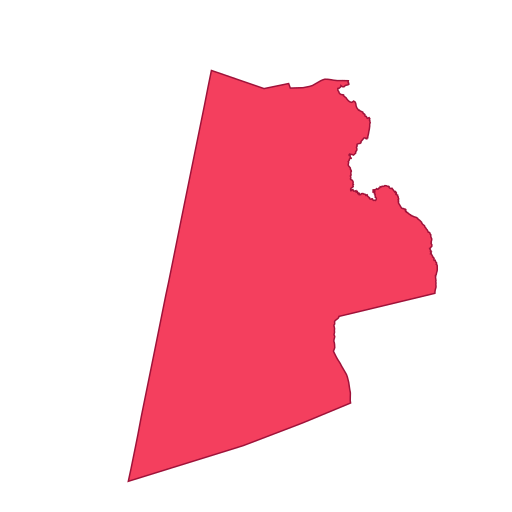 Vaisigano East, Gaga'ifomauga, Samoa, rotated 77°
{"feature_id": "51752279B23557786171080", "entity_name": "Vaisigano East", "entity_type": "district", "adm_level": 2, "iso_a3": "WSM", "parent_name": "Samoa", "parent_adm1": "Gaga'ifomauga", "projection": "albers", "projection_center": [-172.632, -13.561], "detail": "fine", "context": "isolated", "style": "filled", "palette": "rose", "viewbox_px": 512, "rotation_deg": 77, "n_neighbors": 0, "source": "geoboundaries", "source_scale": "gbopen_adm2", "svg_char_len": 4713}
<svg xmlns="http://www.w3.org/2000/svg" viewBox="0 0 512 512"><g transform="rotate(77 256 256)"><path d="M332.6,90.1L330.6,89.5L329.2,88.9L327.0,87.7L325.9,87.4L324.3,87.2L322.8,86.7L321.2,86.6L320.5,86.2L316.6,85.8L316.1,85.4L315.3,85.5L314.9,84.7L312.9,83.8L311.3,82.9L309.9,82.4L306.2,81.6L305.2,81.7L304.6,82.2L304.2,81.8L303.2,81.6L302.3,82.2L300.4,82.4L300.3,83.4L299.1,83.4L298.3,83.0L297.4,83.4L296.7,84.1L296.3,83.9L293.5,84.7L293.1,85.4L292.5,84.7L291.9,84.9L291.4,84.2L290.5,84.9L290.1,84.4L288.8,84.9L287.6,85.1L287.5,84.3L286.8,83.7L286.2,82.6L284.7,82.1L283.2,82.6L282.5,82.2L281.8,82.2L279.9,81.2L278.8,80.9L277.5,81.2L276.2,81.3L274.6,80.9L273.8,81.4L272.7,81.4L271.8,82.0L271.6,82.8L270.3,83.0L268.9,83.4L268.2,83.9L266.8,84.3L265.5,85.0L264.4,85.0L262.7,86.4L261.2,87.1L260.5,87.0L258.3,88.3L256.2,90.0L255.7,90.0L254.5,91.1L253.0,93.7L252.5,94.1L252.3,94.8L251.5,95.2L251.4,95.9L250.5,96.3L249.8,97.3L249.2,97.5L248.3,98.4L247.7,98.5L247.3,99.6L246.3,99.6L246.1,100.2L245.5,100.1L244.6,99.7L244.5,100.3L243.8,100.2L243.5,101.1L243.0,101.5L242.8,102.3L242.0,103.4L241.2,103.7L236.2,105.3L235.2,104.8L234.6,105.1L233.6,104.5L233.1,104.8L232.4,104.1L231.2,104.3L230.5,104.1L230.3,104.4L229.2,104.5L228.6,104.3L228.4,104.8L227.5,105.2L227.4,105.8L226.9,105.8L226.7,105.2L226.1,105.0L224.6,105.6L225.0,106.3L220.6,108.3L220.8,108.6L220.3,110.0L219.2,110.9L218.3,110.7L217.9,111.1L217.9,111.8L216.8,113.4L216.4,114.7L216.9,115.8L216.4,117.5L216.8,118.0L216.8,118.8L216.4,119.4L217.2,119.8L217.6,120.7L217.5,121.2L218.4,122.1L218.4,122.5L217.5,123.3L218.1,124.1L218.1,124.8L218.2,125.5L217.9,127.0L220.1,127.6L220.2,127.3L218.7,127.1L219.0,125.7L219.9,125.7L220.4,126.2L221.2,126.1L222.0,126.7L222.7,126.0L223.7,126.4L224.6,126.3L225.6,126.6L225.9,126.1L226.8,125.8L227.7,126.0L228.8,127.0L228.3,128.0L228.4,128.7L227.8,129.4L226.5,129.7L226.3,130.4L226.6,130.9L226.2,131.9L225.5,132.5L224.9,132.2L222.7,134.0L221.8,133.8L221.3,134.0L221.6,135.4L221.0,135.4L220.2,136.0L220.0,137.0L219.1,137.8L219.2,138.5L218.9,139.4L219.8,140.2L219.5,141.6L218.1,141.3L218.0,141.5L218.7,142.1L218.1,142.8L217.0,142.5L216.7,142.9L216.0,142.8L216.3,144.0L215.4,144.1L214.9,143.9L214.9,145.9L214.4,146.5L213.1,146.6L213.1,147.6L213.7,148.3L213.7,148.9L213.0,148.9L212.0,148.7L211.5,148.3L210.3,145.7L208.6,145.6L208.2,145.0L207.4,145.3L205.9,144.7L204.9,144.8L203.7,145.3L202.8,146.5L202.1,146.7L201.7,146.2L200.4,145.9L199.9,146.1L198.8,145.8L198.5,145.1L197.8,145.1L196.6,145.0L195.1,144.4L195.0,144.1L193.8,144.0L193.2,144.5L191.4,144.3L189.0,145.5L188.0,145.7L185.6,144.7L184.8,144.9L183.9,143.8L182.8,143.3L182.1,142.6L182.3,141.3L182.0,141.2L181.6,142.2L181.1,141.9L179.1,141.7L178.9,142.6L178.2,142.5L177.7,141.9L178.5,140.3L178.6,139.7L179.6,138.3L178.1,135.7L176.7,135.4L176.2,134.6L175.4,133.9L174.3,133.6L172.8,133.7L171.8,133.1L171.5,132.6L170.6,132.8L169.8,132.3L169.6,130.7L169.7,129.3L169.2,128.2L168.3,128.1L167.1,126.7L166.8,126.1L165.4,124.5L165.3,123.7L165.8,122.8L166.6,122.3L166.7,121.5L165.9,121.2L165.9,120.5L165.4,120.5L162.2,118.9L160.7,118.3L157.8,117.0L155.1,116.0L152.9,115.5L151.8,114.7L150.9,114.9L149.9,114.6L149.5,114.9L148.4,114.6L147.8,114.2L146.6,114.7L147.0,116.2L146.5,116.8L145.9,116.8L144.7,117.3L144.5,118.1L143.5,118.3L142.6,118.1L141.8,118.7L141.4,119.4L139.8,119.6L138.0,122.0L137.1,122.5L137.1,123.2L134.1,124.5L132.0,124.7L130.2,124.5L128.4,124.7L127.0,126.0L127.6,127.3L127.8,128.4L127.2,129.5L125.9,130.8L125.0,131.4L123.2,132.3L122.0,132.7L120.5,134.0L119.8,134.3L119.5,134.7L118.7,134.5L118.1,135.9L117.7,136.9L116.9,137.7L115.7,138.3L114.3,138.4L113.1,139.0L111.2,138.6L111.0,138.3L111.3,137.5L110.4,135.7L109.9,135.2L109.1,134.9L110.0,134.3L110.6,133.5L110.9,132.2L109.9,130.5L109.9,127.8L109.4,126.8L108.7,127.1L108.3,126.8L107.5,127.2L106.0,126.6L104.5,132.4L104.0,134.7L103.4,137.3L102.1,141.0L101.2,143.0L100.1,145.9L99.2,149.2L99.4,151.4L99.8,153.5L102.6,162.7L102.8,165.7L102.6,172.3L100.1,184.8L95.3,185.4L94.7,210.5L65.2,257.7L80.1,264.5L97.1,272.1L109.2,277.6L135.5,289.6L203.8,320.7L242.2,338.1L262.2,347.2L273.5,352.5L328.9,377.6L385.8,403.5L403.6,411.3L415.1,416.5L435.1,425.6L446.8,431.1L437.9,311.2L429.1,248.0L420.5,196.9L418.0,196.7L414.8,195.9L411.3,195.0L410.2,194.8L407.4,194.7L399.9,194.1L394.5,194.2L392.0,194.5L390.5,194.9L385.7,196.4L382.5,197.4L379.7,198.1L374.9,199.8L372.1,200.6L366.7,201.9L366.0,201.9L364.5,200.8L363.0,199.9L359.5,199.3L357.6,199.2L356.9,199.4L355.4,199.0L352.5,197.5L352.0,197.4L350.2,197.7L347.9,196.6L346.3,196.4L344.5,195.8L342.7,195.7L341.7,195.8L340.9,195.6L339.9,194.6L337.5,194.2L336.6,193.2L335.5,190.7L334.9,189.7L334.1,189.0L333.5,188.8L332.6,90.1Z" fill="#f43f5e" stroke="#9f1239" stroke-width="1.5"/></g></svg>